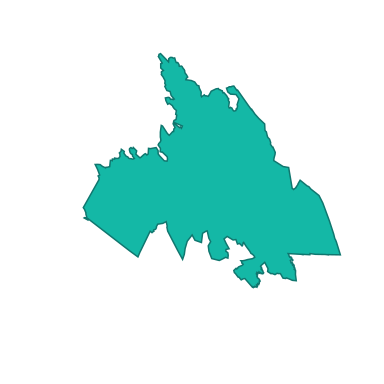 the district of Annenieku pag., Dobele, Latvia, rotated 57°
{"feature_id": "27541924B50154726334308", "entity_name": "Annenieku pag.", "entity_type": "district", "adm_level": 2, "iso_a3": "LVA", "parent_name": "Latvia", "parent_adm1": "Dobele", "projection": "equal_earth", "projection_center": [23.093, 56.636], "detail": "fine", "context": "isolated", "style": "filled", "palette": "teal", "viewbox_px": 384, "rotation_deg": 57, "n_neighbors": 0, "source": "geoboundaries", "source_scale": "gbopen_adm2", "svg_char_len": 6027}
<svg xmlns="http://www.w3.org/2000/svg" viewBox="0 0 384 384"><g transform="rotate(57 192 192)"><path d="M158.2,293.6L207.8,276.2L217.0,272.7L214.0,268.3L212.8,266.2L202.1,248.5L204.3,247.7L204.1,246.8L204.2,245.4L203.1,245.1L202.9,244.2L203.3,243.7L203.4,242.8L202.6,241.3L201.8,240.9L200.3,238.3L202.4,233.6L202.8,229.8L207.2,231.4L207.8,232.2L211.6,233.7L232.8,235.8L243.4,236.6L240.1,232.4L235.6,228.5L230.7,222.8L228.1,215.3L234.1,215.8L239.5,211.6L232.4,205.6L232.5,201.6L232.8,200.5L234.2,200.9L239.8,203.0L243.8,203.4L246.0,207.7L251.0,210.1L258.6,211.7L264.3,206.4L264.7,203.5L265.1,199.4L267.0,197.9L264.8,196.1L262.4,195.0L260.0,195.9L258.7,194.7L259.8,191.8L253.7,191.4L248.8,190.7L248.4,186.7L254.6,183.7L255.8,181.1L260.4,182.2L261.0,180.2L264.5,179.4L264.1,178.3L262.5,176.9L262.4,176.1L266.9,176.2L273.4,175.8L275.5,176.0L277.4,175.1L279.9,174.7L281.0,175.0L280.8,177.7L279.0,182.0L278.1,185.0L277.4,186.7L276.3,188.4L277.3,188.3L278.9,188.9L279.5,188.5L280.6,188.5L280.8,190.1L280.2,193.6L280.4,194.7L280.7,194.9L281.0,196.4L280.0,196.6L280.6,199.7L282.8,200.4L283.8,200.0L288.5,199.7L289.1,199.0L292.5,198.6L292.7,196.4L293.4,194.8L304.7,193.2L304.8,192.9L305.2,192.8L304.9,192.5L305.3,192.4L305.2,192.1L305.7,191.7L305.3,190.9L305.6,190.8L305.7,190.4L306.4,190.2L306.3,189.8L307.2,189.4L306.8,188.9L306.8,188.6L306.0,188.3L305.7,188.6L305.1,188.4L305.9,187.7L304.8,187.0L305.6,186.5L304.8,186.1L305.4,185.5L304.6,184.8L303.8,184.3L303.9,183.9L303.3,184.0L303.2,183.6L303.4,183.4L303.2,183.2L301.0,183.2L299.8,183.8L299.1,183.5L298.3,183.7L297.9,183.2L298.1,183.1L297.9,182.9L296.8,182.9L296.8,182.5L296.2,182.5L296.6,182.0L295.6,181.9L295.7,181.5L295.3,181.5L295.4,181.3L295.5,181.1L296.1,181.2L296.1,180.8L295.5,180.8L296.2,180.3L295.8,179.8L296.6,179.9L296.9,179.6L296.7,179.3L296.9,179.1L296.3,179.2L296.2,178.9L297.7,178.3L298.2,178.4L298.3,177.8L299.2,177.2L299.0,176.2L298.6,175.8L297.6,176.0L296.9,175.6L295.6,175.5L295.2,176.0L294.5,176.1L294.2,175.8L294.7,175.5L294.6,175.3L292.9,174.7L292.5,175.0L291.7,175.0L291.3,174.3L290.6,169.3L297.7,170.0L299.9,171.9L303.5,170.3L304.1,169.1L306.5,167.4L306.5,164.9L307.4,164.1L308.6,162.3L313.8,162.6L315.6,160.5L315.4,159.7L318.0,157.7L320.7,156.0L323.2,152.9L317.6,150.2L314.4,148.0L313.8,147.8L313.6,148.1L312.5,148.3L312.5,147.6L311.9,147.2L311.5,147.3L310.4,147.0L310.2,147.2L310.7,147.5L310.1,147.5L309.6,146.6L309.0,146.7L308.8,146.3L307.9,146.5L308.0,147.5L307.6,147.4L306.6,146.4L305.4,146.5L305.4,146.8L305.7,147.2L305.2,147.6L304.7,147.1L303.0,146.8L303.1,146.3L302.8,145.4L303.1,145.1L304.3,144.9L304.1,144.5L303.5,144.4L303.0,144.8L302.5,144.9L301.9,144.7L301.9,144.4L301.6,144.3L300.7,145.0L300.3,144.6L299.8,145.5L299.2,145.3L298.7,145.5L297.4,145.0L296.0,144.9L304.2,133.7L304.3,133.8L304.8,133.3L304.5,133.2L308.8,127.3L307.9,126.6L311.5,122.4L317.1,114.1L318.9,112.0L318.7,111.9L318.9,111.6L325.5,101.8L312.8,98.2L310.4,97.7L308.8,97.6L304.5,96.1L291.0,92.5L272.5,88.3L264.1,87.4L254.3,90.7L251.1,91.1L249.7,92.1L241.0,94.9L242.8,98.5L243.4,99.1L244.8,102.5L245.0,102.5L245.2,105.5L244.2,105.6L243.5,106.0L224.1,97.6L220.3,101.7L210.3,106.3L209.9,106.2L208.0,104.5L205.8,102.0L204.1,100.6L198.5,99.7L198.4,100.1L194.7,100.2L193.4,99.1L190.0,98.2L187.4,98.7L185.3,98.1L182.1,96.9L180.9,97.2L180.0,97.2L174.5,94.0L166.7,95.9L160.9,96.8L155.2,96.9L155.3,97.3L150.7,97.6L131.3,98.3L131.3,99.0L125.9,99.2L125.1,100.9L125.1,101.8L124.0,103.5L124.1,104.8L123.7,106.5L127.6,107.5L130.9,106.4L134.2,102.0L139.4,101.8L143.4,106.7L144.7,106.9L146.8,109.2L146.4,109.6L147.6,110.9L147.1,112.5L146.5,113.0L144.1,113.0L143.5,112.8L142.0,113.6L142.2,114.1L141.9,115.0L140.4,114.8L136.8,111.7L135.4,111.7L134.3,111.3L134.0,110.5L132.2,110.7L130.0,110.5L126.1,111.1L125.8,112.0L123.5,111.5L123.2,111.9L121.7,112.7L120.7,113.6L119.6,113.5L118.6,115.6L117.9,121.0L119.5,123.9L120.6,126.4L119.5,127.2L118.4,128.7L117.2,128.8L117.4,132.1L115.8,131.8L113.3,129.9L108.9,129.3L106.7,128.4L105.3,129.6L101.2,129.8L98.1,131.9L94.5,136.0L93.6,134.8L93.3,133.0L90.7,132.8L88.5,133.0L87.2,132.6L86.4,132.1L85.1,131.9L83.4,132.1L81.3,132.0L80.5,132.4L79.9,133.9L79.5,134.2L78.1,133.5L76.0,133.4L75.4,133.7L75.3,134.3L74.8,134.7L72.7,134.3L70.2,133.5L69.9,133.8L69.6,134.8L68.4,135.3L67.5,136.5L67.3,137.2L67.6,138.5L67.5,138.8L70.1,140.8L58.8,143.0L58.6,144.7L59.9,146.0L60.0,146.4L67.6,146.8L67.8,147.1L67.4,148.4L71.0,150.7L74.5,149.8L74.5,152.1L75.4,152.8L76.4,153.1L76.8,153.8L79.8,153.6L84.1,154.0L86.2,155.7L88.0,155.8L88.6,157.3L93.2,157.8L95.8,155.6L99.6,156.9L104.4,156.3L104.3,157.5L103.3,158.1L102.6,159.6L100.7,159.4L99.7,160.3L98.6,163.1L101.1,164.1L105.2,164.6L105.3,162.8L108.9,161.4L110.3,161.6L112.5,161.5L115.1,160.7L118.0,163.4L119.2,162.9L122.5,165.9L122.2,167.9L122.5,168.6L123.4,169.5L131.4,164.1L132.1,165.1L132.8,166.2L131.1,166.4L131.2,167.4L124.0,169.9L124.5,170.7L128.8,171.2L129.2,172.8L131.3,174.5L130.8,175.2L132.1,180.2L129.6,180.8L120.6,180.8L119.4,181.5L124.5,185.9L128.8,188.7L129.7,189.0L131.9,190.1L132.9,191.8L133.2,193.4L134.1,194.8L137.8,194.7L138.8,195.0L140.8,196.8L142.0,195.8L142.3,195.2L148.9,193.6L151.1,194.6L152.5,196.2L150.7,198.3L143.9,199.5L141.6,199.6L138.8,197.9L135.2,197.9L133.0,203.2L131.7,204.7L136.2,208.0L136.4,209.7L135.6,209.8L134.4,210.3L134.4,211.9L135.1,216.5L134.9,217.1L129.7,218.5L127.4,216.0L122.7,217.0L123.2,217.7L122.9,218.6L121.5,219.0L121.6,220.7L122.6,221.6L125.2,222.4L126.5,222.4L128.2,221.6L129.4,222.3L132.5,222.1L132.2,223.8L130.8,225.0L130.0,226.1L129.2,226.7L127.7,226.7L125.9,227.8L122.3,228.0L121.1,226.7L117.7,228.0L119.3,229.5L119.7,231.7L120.7,231.7L123.0,233.0L123.8,235.2L123.0,236.7L121.4,238.4L122.3,239.0L121.0,240.8L122.3,241.8L121.4,242.5L121.0,243.2L125.9,247.2L125.1,249.6L124.4,250.7L124.7,251.3L121.9,253.1L119.0,254.1L117.5,256.0L116.2,258.2L121.7,258.9L127.5,260.2L127.4,262.0L129.6,262.2L131.1,263.5L145.9,291.7L147.9,291.6L151.7,292.3L152.7,293.0L156.6,294.2L155.0,296.0L155.0,296.6L158.9,294.5L158.2,293.6Z" fill="#14b8a6" stroke="#0f766e" stroke-width="1.5"/></g></svg>